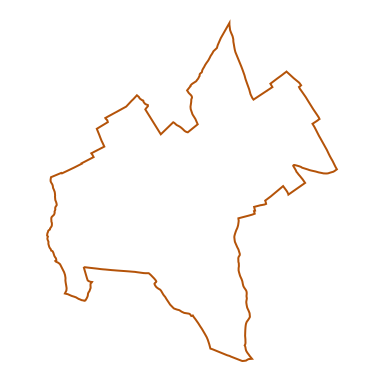 Feresti, Vaslui, Romania
{"feature_id": "2599482B73897290274237", "entity_name": "Feresti", "entity_type": "district", "adm_level": 2, "iso_a3": "ROU", "parent_name": "Romania", "parent_adm1": "Vaslui", "projection": "orthographic", "projection_center": [27.708, 46.79], "detail": "fine", "context": "isolated", "style": "outline", "palette": "amber", "viewbox_px": 384, "rotation_deg": 0, "n_neighbors": 0, "source": "geoboundaries", "source_scale": "gbopen_adm2", "svg_char_len": 5891}
<svg xmlns="http://www.w3.org/2000/svg" viewBox="0 0 384 384"><path d="M319.5,119.0L318.8,117.5L316.7,114.3L313.3,109.3L308.0,100.8L305.8,97.2L302.6,92.6L300.7,89.9L299.9,88.8L299.0,87.0L299.9,86.4L301.1,85.3L299.2,82.7L293.7,78.2L291.2,75.9L289.8,74.6L286.5,71.6L286.3,71.8L284.5,73.1L281.8,75.2L277.4,78.4L270.4,83.7L272.4,87.1L253.5,99.6L252.2,97.8L250.5,94.2L249.2,89.4L247.0,83.3L245.5,79.0L244.5,75.3L242.7,70.2L241.3,66.5L235.4,52.1L234.8,49.8L234.4,47.7L233.8,44.1L233.4,41.9L233.3,40.7L233.3,39.3L232.6,36.3L230.9,32.3L230.1,30.1L229.4,24.6L229.4,23.0L220.8,38.1L217.7,45.2L216.9,48.0L213.4,51.3L212.8,52.5L211.6,54.5L210.8,55.6L209.5,58.2L208.3,60.4L206.3,63.2L204.9,65.4L204.4,66.5L202.6,69.5L202.2,70.5L202.0,71.8L201.6,72.5L201.0,72.9L200.4,73.4L199.8,74.1L199.7,74.5L199.6,75.3L199.6,76.0L199.1,76.7L198.2,78.6L197.1,79.9L196.5,80.8L196.1,81.3L192.5,83.6L191.4,84.5L190.4,85.7L190.5,86.3L190.2,86.5L187.1,90.4L188.7,92.9L191.1,95.3L191.8,96.4L192.0,97.7L191.3,99.4L191.2,101.9L190.5,106.7L190.7,109.1L192.5,114.4L195.4,119.0L197.7,124.3L187.8,132.3L186.9,132.1L185.7,131.6L184.5,130.8L182.8,129.1L181.2,127.7L179.7,126.6L178.0,125.7L176.6,125.0L174.3,122.9L173.2,122.3L160.8,134.3L145.3,109.4L146.1,108.3L147.9,106.2L147.9,105.1L145.4,104.1L144.0,102.6L143.8,102.2L143.3,101.4L143.3,100.7L142.8,100.3L141.9,100.1L141.0,99.4L140.2,98.9L139.2,97.7L138.9,97.0L136.9,95.3L133.2,99.3L131.6,100.8L126.2,106.6L105.3,118.0L105.6,118.6L106.4,119.3L107.2,120.2L107.7,121.5L107.8,122.2L107.4,122.4L96.8,128.8L99.4,135.2L100.1,137.1L101.6,140.9L102.6,142.9L104.3,146.6L91.3,153.3L92.4,154.8L93.6,157.1L81.6,163.3L81.8,163.7L74.3,167.5L61.9,173.4L61.3,172.9L51.0,177.2L50.6,179.6L50.6,180.9L50.7,181.5L51.2,182.6L51.8,183.6L52.3,184.4L52.7,185.5L52.9,186.6L53.0,187.5L53.2,188.3L53.8,189.5L54.4,191.1L54.7,191.9L54.9,193.2L55.1,195.5L55.0,196.7L55.3,200.0L56.2,202.3L56.5,203.4L56.7,204.5L56.7,205.1L56.3,205.8L55.7,206.6L55.3,207.4L55.2,208.4L55.3,209.4L55.2,209.8L55.0,210.5L54.8,210.9L54.5,211.9L54.7,212.7L54.5,213.4L54.1,214.6L53.4,215.3L52.1,216.6L51.7,217.0L51.4,217.7L51.3,218.3L51.3,219.6L51.4,220.7L51.4,221.6L51.9,223.0L51.9,223.8L51.9,224.7L51.8,225.6L51.5,226.4L50.9,227.3L50.0,228.6L50.0,229.2L49.7,229.7L49.2,229.9L48.8,230.2L48.3,230.7L48.1,231.6L47.4,233.3L47.1,235.2L47.3,235.3L47.4,235.6L47.5,236.0L47.5,236.4L47.9,236.7L47.8,237.0L47.5,237.7L47.4,238.8L47.6,239.7L48.4,241.6L48.5,242.0L48.4,242.7L48.4,243.9L48.6,244.7L48.8,245.3L49.1,246.4L49.4,247.2L50.0,248.3L50.7,249.1L51.1,250.3L51.3,250.7L51.5,250.7L52.1,250.9L52.7,251.4L53.4,252.9L54.3,255.8L55.1,257.2L55.8,258.1L56.2,259.2L56.3,260.4L55.9,260.6L55.3,261.0L55.6,261.4L56.0,261.7L57.8,262.5L59.0,263.3L60.1,264.3L64.1,272.2L65.0,274.9L65.5,278.0L65.4,280.5L65.7,282.8L66.2,285.6L66.6,288.2L66.4,290.5L64.9,293.5L66.1,293.8L67.8,294.2L71.6,295.9L74.2,296.7L76.1,297.4L77.9,298.5L79.0,299.1L79.6,299.2L80.1,299.5L81.8,300.2L83.2,300.4L84.3,300.8L84.7,300.7L84.9,300.4L85.4,300.4L86.7,298.3L87.5,296.6L87.8,295.5L87.9,294.6L88.0,293.8L88.3,292.9L88.5,292.4L89.3,291.4L90.0,289.6L90.3,288.7L90.6,288.0L90.6,287.5L90.5,285.3L90.5,284.1L91.0,283.0L91.6,282.6L92.0,282.0L90.4,281.8L88.7,281.1L87.7,280.4L86.9,278.0L83.9,267.7L84.7,267.2L89.7,267.8L97.7,268.7L100.7,269.1L102.8,269.3L105.3,269.5L111.7,270.1L118.0,270.6L126.4,271.2L135.1,271.9L137.0,272.2L143.8,273.1L145.7,273.2L148.6,273.2L149.0,273.4L150.8,275.0L154.2,278.5L155.6,280.2L156.0,280.8L156.3,281.4L156.1,282.0L155.0,283.0L154.5,283.6L154.5,284.0L155.0,285.2L155.9,286.6L156.8,287.5L158.3,288.6L160.2,289.7L161.1,290.8L163.3,294.6L164.3,295.9L165.1,296.8L166.6,299.3L169.2,303.2L170.1,304.6L173.3,307.9L174.0,308.5L175.6,309.1L177.4,309.7L178.8,310.0L179.7,310.4L181.6,311.7L184.2,312.9L188.6,313.6L189.6,313.9L190.4,314.7L191.2,315.9L191.9,316.0L192.8,315.5L193.8,317.1L195.5,319.3L198.3,323.3L200.5,326.8L201.0,327.5L202.1,329.2L205.2,334.5L206.7,337.2L207.8,339.8L209.3,344.4L210.4,348.6L212.6,349.3L227.3,355.3L229.8,356.0L230.4,356.4L241.4,360.7L242.3,361.0L243.8,360.9L246.0,360.6L247.4,359.7L248.6,359.1L252.0,358.8L251.0,357.6L250.0,356.4L248.6,354.4L247.6,353.1L246.5,351.4L246.1,350.5L245.7,349.2L245.4,347.2L244.9,345.6L244.7,345.4L245.3,344.1L245.5,342.9L245.4,339.2L245.1,335.8L245.3,330.2L245.5,327.2L245.7,325.4L246.0,323.8L246.6,322.1L247.2,321.1L247.6,320.7L249.0,318.6L249.8,317.2L249.9,316.6L249.6,313.4L249.4,312.7L248.5,310.5L247.5,308.4L247.1,307.3L246.7,305.3L246.3,302.7L246.3,301.6L246.5,300.3L246.7,299.4L246.8,298.7L246.8,298.0L246.6,297.0L246.5,296.0L246.7,293.9L246.7,292.8L246.6,292.1L246.5,291.5L246.3,290.9L245.9,290.1L244.1,287.5L243.5,286.4L243.2,285.5L242.8,283.9L242.5,282.2L242.3,281.2L241.5,279.0L240.2,276.2L239.8,275.0L239.0,272.2L238.6,270.5L238.6,269.5L238.6,268.1L238.9,266.2L238.8,263.2L238.5,262.3L238.4,261.8L238.3,258.3L238.5,257.2L239.8,255.0L239.8,254.4L239.8,253.9L238.4,249.4L237.2,247.1L234.9,241.8L234.6,239.8L234.3,237.2L234.4,236.1L234.8,234.5L235.6,232.0L236.3,230.1L237.2,228.2L237.7,226.7L238.1,225.3L238.6,221.8L238.7,220.7L238.5,219.5L238.4,218.3L248.8,215.6L252.3,214.6L254.7,213.7L254.0,211.1L255.1,210.7L254.6,208.9L254.1,206.9L261.0,205.1L261.5,205.1L264.1,204.6L264.6,204.5L266.1,203.9L265.9,202.9L265.5,201.4L265.2,200.6L270.8,196.4L283.1,186.1L285.1,188.8L286.5,190.7L287.2,191.8L288.2,193.8L288.4,194.6L305.1,182.9L302.6,179.3L300.0,176.1L298.6,174.5L297.1,172.5L296.6,172.0L296.1,171.0L295.9,170.4L293.2,165.8L293.6,165.2L294.0,165.0L294.3,165.0L295.3,165.2L297.6,165.8L299.6,166.4L301.1,167.0L302.1,167.7L307.9,169.5L309.5,170.1L311.5,170.6L315.6,171.5L318.7,172.4L321.3,172.9L323.6,173.4L326.8,173.5L328.2,173.3L330.3,172.6L333.4,171.7L334.7,170.9L336.9,169.3L335.5,166.9L332.5,160.8L331.5,159.1L330.0,156.4L328.7,153.8L326.9,150.0L320.1,137.8L319.0,135.9L315.9,129.8L314.4,126.9L312.5,123.8L317.4,120.6L319.0,119.3L319.5,119.0Z" fill="none" stroke="#b45309" stroke-width="2"/></svg>